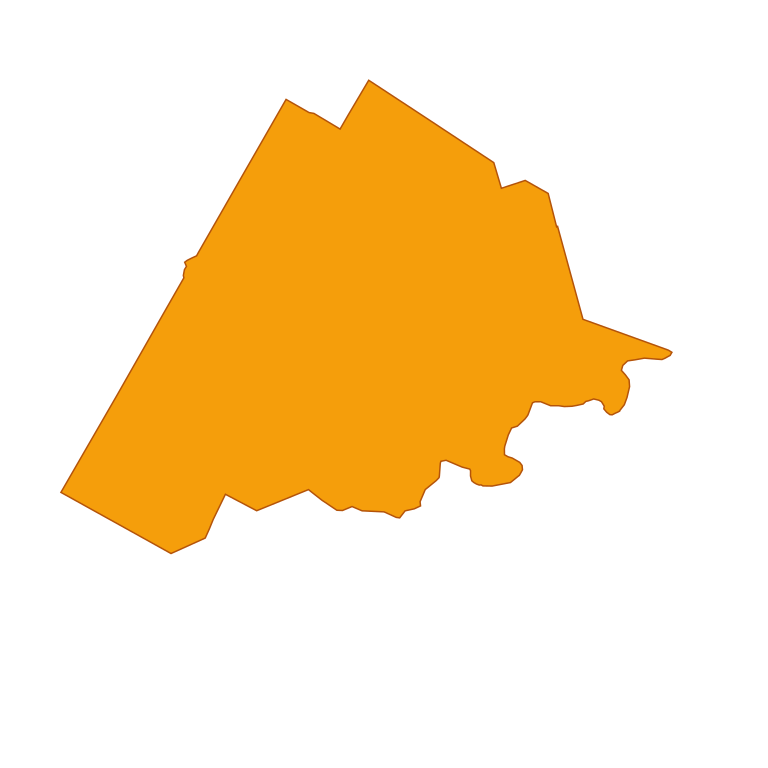 Foni Bondali, West Coast, Gambia, rotated 120°
{"feature_id": "56634734B65915930660736", "entity_name": "Foni Bondali", "entity_type": "district", "adm_level": 2, "iso_a3": "GMB", "parent_name": "Gambia", "parent_adm1": "West Coast", "projection": "orthographic", "projection_center": [-15.934, 13.231], "detail": "fine", "context": "isolated", "style": "filled", "palette": "amber", "viewbox_px": 768, "rotation_deg": 120, "n_neighbors": 0, "source": "geoboundaries", "source_scale": "gbopen_adm2", "svg_char_len": 1743}
<svg xmlns="http://www.w3.org/2000/svg" viewBox="0 0 768 768"><g transform="rotate(120 384 384)"><path d="M471.3,291.4L467.9,293.9L454.8,295.5L441.6,290.5L437.6,289.5L436.1,290.0L426.0,294.9L424.5,295.6L422.5,296.1L419.0,292.1L416.9,274.8L414.8,267.2L415.8,265.7L420.4,263.1L423.9,259.6L424.4,257.0L424.4,254.0L423.9,251.0L422.8,249.4L422.8,247.4L418.3,239.3L406.1,225.2L396.6,221.6L395.5,221.1L392.5,221.1L389.0,221.2L385.5,223.7L384.0,227.3L384.0,235.9L385.0,240.2L385.0,244.3L380.0,247.3L377.5,248.3L365.9,250.9L358.3,251.5L353.8,247.4L343.7,244.4L339.7,243.9L338.7,243.9L326.1,246.0L324.0,244.5L321.0,239.4L319.5,228.8L315.4,221.7L313.4,216.6L309.3,210.1L306.3,206.5L301.7,201.5L298.2,200.5L296.2,198.4L292.1,194.9L290.6,189.8L290.6,186.8L293.1,182.2L295.6,181.2L297.1,177.1L297.6,173.1L296.6,171.0L293.5,169.0L291.5,167.5L289.7,166.4L289.5,166.6L281.8,165.5L274.2,166.8L263.5,170.0L257.9,173.8L255.4,179.5L253.5,185.2L248.5,186.5L242.2,184.6L237.7,178.9L231.4,171.4L226.3,160.6L223.8,155.5L221.3,153.6L218.1,151.7L216.2,150.5L213.7,150.5L212.6,150.5L212.5,154.6L228.5,244.0L160.7,312.5L161.6,313.1L136.9,337.1L137.1,363.5L155.8,380.2L137.4,399.6L135.3,434.6L132.4,482.8L128.6,549.1L168.6,549.5L185.2,549.5L184.7,580.0L186.4,584.6L186.5,609.4L186.5,611.1L285.3,610.8L362.9,610.5L366.7,610.4L371.1,613.5L375.2,616.2L378.2,617.5L380.9,613.9L384.7,614.0L387.3,613.1L390.4,612.0L392.1,610.4L435.7,610.2L526.6,609.6L639.4,609.6L638.9,579.8L638.0,527.3L637.3,483.7L606.8,461.8L596.8,462.8L586.6,464.2L558.8,466.2L557.4,430.9L513.2,396.6L513.7,393.4L515.7,379.5L516.9,361.7L514.3,356.7L506.1,350.4L504.8,339.6L494.7,320.0L493.4,306.7L492.1,303.5L483.3,302.3L476.9,295.3L471.3,291.4Z" fill="#f59e0b" stroke="#b45309" stroke-width="1.5"/></g></svg>